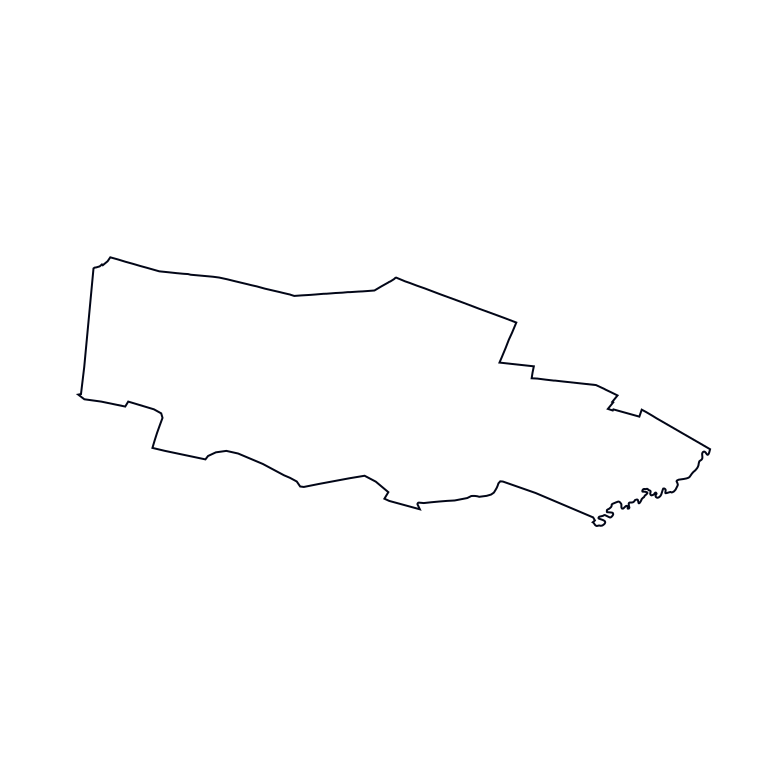 Berliste, Caras-Severin, Romania, rotated 165°
{"feature_id": "2599482B52543575590530", "entity_name": "Berliste", "entity_type": "district", "adm_level": 2, "iso_a3": "ROU", "parent_name": "Romania", "parent_adm1": "Caras-Severin", "projection": "robinson", "projection_center": [21.411, 44.985], "detail": "fine", "context": "isolated", "style": "outline", "palette": "ink", "viewbox_px": 768, "rotation_deg": 165, "n_neighbors": 0, "source": "geoboundaries", "source_scale": "gbopen_adm2", "svg_char_len": 5207}
<svg xmlns="http://www.w3.org/2000/svg" viewBox="0 0 768 768"><g transform="rotate(165 384 384)"><path d="M576.0,357.4L572.6,360.0L564.1,361.5L553.6,360.2L542.9,354.6L521.7,338.1L504.2,321.7L499.1,317.7L493.5,312.4L491.5,306.7L488.1,305.3L472.7,304.3L457.3,303.1L441.9,301.9L426.5,300.4L417.2,291.8L407.8,278.4L413.3,273.1L409.2,269.7L381.8,253.7L382.8,259.1L382.6,259.7L382.2,260.1L381.7,260.4L381.0,260.4L376.4,258.7L368.7,257.5L361.1,256.2L353.5,254.8L345.9,253.2L333.1,252.3L328.7,253.2L326.7,252.8L324.8,252.2L322.9,251.4L321.2,250.4L313.8,249.4L309.2,249.5L306.1,250.6L305.5,251.1L303.7,252.8L302.0,254.5L300.5,256.4L299.2,258.4L296.9,259.9L294.4,259.0L265.8,239.5L216.5,201.0L215.6,197.6L218.1,196.4L217.8,196.1L217.4,195.4L216.5,193.0L216.1,192.5L215.6,192.0L215.2,191.8L214.2,191.7L213.3,191.7L212.9,191.7L211.5,191.0L211.0,190.9L209.8,190.8L209.1,191.0L208.3,191.3L207.4,191.7L206.8,192.2L206.3,192.8L206.1,193.3L206.1,193.7L206.1,194.1L206.3,194.4L206.9,195.2L208.1,196.2L211.2,198.3L211.3,198.5L211.5,198.8L211.5,199.0L211.4,199.3L211.1,199.6L210.6,200.0L210.2,200.1L207.2,200.0L206.6,200.0L205.4,200.3L204.9,200.3L204.6,200.2L204.3,200.0L201.3,197.4L200.7,196.9L200.5,196.7L199.9,196.5L199.5,196.5L198.9,196.7L197.8,197.3L197.2,197.8L196.6,198.4L196.4,198.7L196.3,199.0L196.3,199.6L196.4,200.2L196.8,200.6L198.1,201.2L201.3,202.3L201.7,202.5L201.8,202.8L201.7,203.4L201.3,204.5L201.1,204.6L200.5,204.9L198.9,205.2L196.8,206.2L196.4,206.5L196.1,206.8L195.6,207.5L195.3,208.5L195.1,208.7L194.8,208.9L194.2,209.1L190.6,209.6L188.4,209.8L187.8,209.7L187.5,209.5L187.1,209.2L186.6,208.5L185.9,206.8L185.9,206.1L186.4,204.3L186.6,203.3L186.5,202.6L186.4,202.3L186.2,202.0L185.9,201.9L185.4,201.8L184.9,201.9L182.2,203.4L181.8,203.5L181.2,203.5L180.9,203.4L180.6,203.0L180.5,202.3L180.8,200.8L180.8,200.6L180.7,200.5L180.5,200.4L180.0,200.4L179.6,200.4L179.4,200.6L179.0,201.0L178.9,203.6L178.7,204.4L178.6,205.1L178.2,205.6L177.9,205.8L177.5,205.9L176.9,205.8L175.9,205.5L175.1,205.4L174.3,205.3L173.5,205.5L172.7,205.9L172.4,206.1L171.8,206.7L171.5,206.9L170.0,207.0L169.5,206.9L169.1,206.7L168.9,206.4L168.8,206.1L168.9,203.1L168.8,202.9L168.6,202.8L168.3,202.8L168.0,202.9L167.7,203.1L166.6,204.0L165.5,205.2L165.1,205.9L164.7,206.2L163.4,207.0L162.5,207.3L162.2,207.4L160.8,208.8L160.5,208.9L159.7,209.2L159.3,209.4L158.2,210.1L157.8,210.5L157.8,210.9L157.8,211.1L158.2,211.5L159.8,212.4L160.7,212.7L161.8,213.0L162.0,213.1L162.2,213.3L162.2,213.6L162.1,214.0L161.6,214.7L161.1,215.1L160.3,215.3L160.0,215.3L158.2,214.7L157.1,214.7L156.8,214.5L156.1,213.7L155.9,213.1L155.8,212.9L155.0,212.5L154.5,212.0L154.3,211.6L154.3,211.2L154.4,210.8L155.1,209.5L155.3,208.9L155.1,207.8L154.6,207.3L154.2,207.2L153.5,207.2L152.4,207.3L152.0,207.4L151.6,207.6L151.1,208.2L150.8,208.4L150.1,208.8L149.8,208.8L149.5,208.7L149.4,208.5L149.3,208.2L149.1,207.8L149.1,207.6L149.2,207.4L150.1,206.6L150.7,205.5L150.7,205.2L150.6,204.5L149.9,203.7L149.7,203.5L149.4,203.4L148.9,203.3L147.9,203.4L146.7,203.9L145.9,204.4L145.3,205.0L144.8,205.5L144.3,206.3L141.8,210.2L141.5,210.5L141.3,210.7L140.6,210.6L140.3,210.5L139.9,210.1L139.5,209.5L139.4,209.2L139.4,208.7L139.5,208.3L140.3,206.4L140.4,205.9L140.3,205.7L140.1,205.6L139.0,205.5L135.6,205.6L135.1,205.5L134.7,205.1L134.2,204.8L133.8,204.8L133.3,204.8L131.7,205.2L129.7,206.5L126.6,210.0L126.2,210.9L126.3,212.8L126.6,214.2L126.3,214.7L125.8,215.0L124.1,215.3L119.2,214.7L116.2,214.5L114.9,214.6L114.0,214.7L112.8,215.2L109.7,217.8L107.7,219.1L106.5,219.6L105.1,220.4L103.3,221.7L102.5,222.5L101.4,223.9L100.4,226.1L99.5,227.6L99.1,227.9L97.1,228.6L96.5,229.0L95.8,229.8L95.4,230.9L94.9,233.7L94.7,234.4L94.3,235.0L93.7,235.6L93.2,235.8L92.4,235.9L92.0,235.7L91.7,235.5L91.1,234.6L90.3,232.4L90.0,232.1L89.8,231.9L89.4,231.9L89.0,232.1L88.5,232.5L87.7,233.5L85.9,236.6L129.7,280.4L132.7,283.6L138.1,289.1L141.7,292.5L145.8,286.4L169.0,300.1L169.9,299.2L174.2,302.0L167.4,306.9L168.2,307.6L161.4,312.5L167.1,317.5L171.8,321.5L172.1,321.9L179.5,328.1L211.0,340.3L217.6,342.9L219.0,343.3L226.8,346.4L234.6,349.6L239.9,351.3L237.5,356.7L234.7,362.3L259.2,371.8L266.9,374.8L263.2,379.5L257.2,387.3L252.0,394.4L247.1,400.3L240.3,409.1L250.9,416.8L272.4,431.9L286.4,442.0L307.0,456.5L319.9,465.8L326.8,470.5L332.9,474.9L337.2,477.8L339.1,479.3L344.7,483.6L345.5,483.6L347.2,482.7L351.4,481.4L352.5,481.3L353.7,480.9L361.2,479.0L369.0,476.8L376.0,478.1L380.7,479.0L384.8,479.9L392.9,481.5L395.2,482.1L400.6,483.0L407.6,484.5L410.4,485.0L416.3,486.1L419.1,486.8L426.5,488.1L431.9,489.1L441.1,491.0L447.9,492.3L450.9,494.2L451.7,494.8L452.7,495.3L458.1,498.2L460.8,499.7L467.2,503.1L474.5,507.0L481.6,511.2L486.4,513.7L490.0,515.7L501.8,522.1L508.3,525.7L515.7,529.5L521.5,531.9L536.2,537.3L542.5,539.6L544.8,540.9L549.0,542.3L555.5,544.7L563.5,547.8L571.9,551.0L583.1,557.7L588.6,560.9L595.3,565.0L602.1,569.0L608.8,573.2L615.6,577.2L619.2,574.1L624.9,571.5L625.5,572.5L628.2,571.2L631.7,571.1L633.5,571.3L634.7,570.8L669.2,477.9L679.3,452.7L682.1,452.9L677.4,446.8L661.7,440.2L639.8,429.2L635.6,433.2L612.8,419.1L606.8,413.3L606.7,408.6L611.3,402.1L615.8,395.6L620.1,388.9L624.2,382.2L612.9,376.1L576.0,357.4Z" fill="none" stroke="#020617" stroke-width="2"/></g></svg>